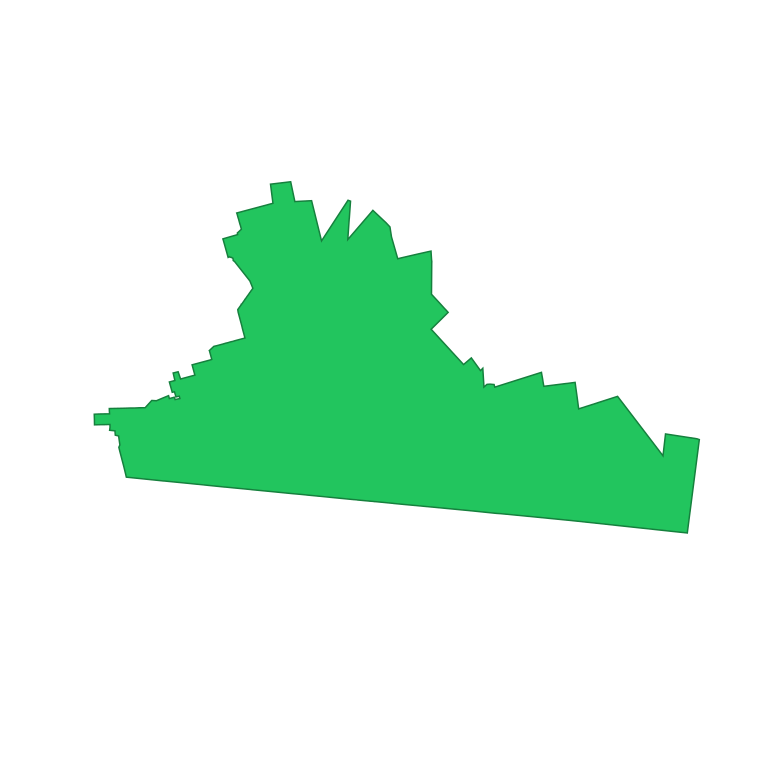 General Plutarco Elías Calles, Sonora, Mexico (Natural Earth projection), rotated 165°
{"feature_id": "50627088B39054298169208", "entity_name": "General Plutarco Elías Calles", "entity_type": "district", "adm_level": 2, "iso_a3": "MEX", "parent_name": "Mexico", "parent_adm1": "Sonora", "projection": "natural_earth1", "projection_center": [-112.744, 31.696], "detail": "fine", "context": "isolated", "style": "filled", "palette": "green", "viewbox_px": 768, "rotation_deg": 165, "n_neighbors": 0, "source": "geoboundaries", "source_scale": "gbopen_adm2", "svg_char_len": 3817}
<svg xmlns="http://www.w3.org/2000/svg" viewBox="0 0 768 768"><g transform="rotate(165 384 384)"><path d="M612.6,428.2L620.9,422.9L625.8,424.2L630.9,425.3L635.9,426.6L640.7,427.7L655.7,431.4L656.3,428.8L656.8,426.2L661.9,427.5L666.7,428.7L671.7,429.8L672.9,424.7L674.2,419.5L667.6,417.9L664.1,417.0L661.1,416.3L659.2,415.8L659.8,413.2L661.0,410.3L656.0,408.4L656.8,404.1L653.8,402.5L654.9,393.5L656.5,391.5L656.6,387.8L656.7,371.0L656.9,363.4L657.0,360.7L633.6,351.8L632.0,351.2L621.8,347.3L621.4,347.2L595.6,337.5L595.1,337.3L564.3,325.6L563.9,325.5L557.0,322.9L539.6,316.4L539.2,316.2L519.7,308.9L501.4,302.0L492.9,298.9L488.1,297.1L487.9,297.0L486.9,296.6L482.9,295.1L477.8,293.2L477.6,293.1L443.0,280.1L442.6,280.0L440.1,279.1L439.8,278.9L432.3,276.1L431.2,275.7L429.0,274.9L428.8,274.8L428.5,274.7L428.2,274.6L427.8,274.4L427.6,274.4L426.9,274.1L426.5,274.0L426.1,273.8L425.7,273.7L425.4,273.6L424.9,273.4L424.6,273.3L423.7,272.9L423.2,272.7L422.9,272.6L422.7,272.6L416.6,270.3L416.3,270.2L406.2,266.4L405.8,266.2L394.3,261.9L394.0,261.8L335.9,240.2L335.6,240.1L333.0,239.1L331.9,238.7L309.1,230.0L304.7,228.5L239.1,203.9L179.3,180.8L144.4,167.3L129.8,161.7L129.6,161.6L121.6,181.1L121.5,181.3L93.8,248.7L95.9,250.1L125.0,262.9L133.1,242.4L140.0,259.2L161.6,311.6L202.4,309.6L201.0,320.2L199.0,336.1L206.7,337.1L207.8,337.3L230.2,340.4L230.0,342.8L229.8,345.2L229.5,347.6L229.3,350.0L229.1,352.5L228.9,354.5L277.8,352.3L277.8,355.0L281.6,356.4L284.6,357.0L288.3,355.2L287.6,358.3L284.5,373.6L286.7,372.3L287.4,372.0L287.5,372.4L292.9,386.6L302.1,382.2L308.2,393.8L324.3,424.7L317.8,428.4L310.8,432.4L303.5,436.6L305.2,439.9L305.9,441.1L308.2,445.6L309.6,448.3L314.9,458.4L306.5,488.8L306.2,489.6L305.8,492.2L304.2,500.2L308.3,500.4L318.0,500.8L335.6,501.4L338.3,501.4L338.7,524.1L337.6,534.2L340.4,539.4L342.7,543.1L349.8,554.6L381.6,532.9L374.8,552.7L374.7,552.8L369.0,569.3L371.2,570.8L407.3,538.4L406.5,579.8L422.9,583.3L421.8,603.5L441.9,606.4L444.5,587.3L482.0,587.3L481.9,586.2L481.9,585.0L481.9,584.0L481.9,583.4L481.9,582.1L481.8,581.4L481.8,580.5L481.8,579.7L481.8,579.0L481.8,577.1L481.8,575.9L481.7,574.7L481.7,573.5L481.7,572.8L481.7,571.7L481.7,570.4L486.6,567.8L486.7,566.2L502.0,565.9L502.0,565.7L502.1,565.3L502.0,564.9L501.8,546.6L501.0,546.8L500.6,547.0L500.4,546.8L500.0,546.4L499.6,546.3L499.1,546.0L498.9,545.8L498.5,545.7L498.1,545.2L497.8,544.9L497.4,544.6L497.5,542.7L497.7,542.3L497.4,542.0L496.8,541.1L496.6,540.9L486.9,518.3L486.8,517.7L485.9,510.4L486.6,509.8L487.3,509.2L487.9,508.7L488.5,508.3L488.9,507.9L489.4,507.4L489.9,507.1L490.8,506.3L491.5,505.7L492.7,504.7L493.5,504.1L495.1,502.7L496.1,501.9L496.4,501.8L496.4,501.6L497.4,500.8L498.7,499.7L500.0,498.6L501.0,497.9L501.3,497.9L501.3,497.7L501.9,497.0L502.2,496.9L502.3,496.8L502.4,496.7L502.8,496.3L503.0,496.2L504.8,494.7L505.8,493.9L506.0,493.7L506.3,491.1L506.3,490.7L506.3,486.6L506.3,482.9L506.3,479.2L506.3,476.7L506.4,474.1L506.4,473.0L506.4,471.4L506.4,467.7L506.4,465.2L506.4,464.4L510.0,464.4L513.2,464.4L516.8,464.4L519.1,464.3L520.6,464.4L522.0,464.4L524.0,464.3L526.2,464.4L529.0,464.3L532.1,464.3L535.7,464.3L538.6,464.4L544.1,461.5L544.0,461.2L544.0,457.5L544.0,455.7L544.0,453.2L544.0,452.3L545.5,452.2L546.7,452.2L548.4,452.2L551.5,452.2L554.7,452.2L557.6,452.2L561.7,452.2L563.5,452.2L564.4,452.2L564.4,451.5L564.4,450.9L564.4,450.2L564.4,449.1L564.4,447.6L564.4,446.5L564.4,444.9L564.4,443.5L564.4,441.5L565.3,441.5L566.2,441.5L566.8,441.5L567.2,441.5L567.6,441.5L569.1,441.5L572.1,441.5L575.5,441.5L579.2,441.5L579.7,449.1L584.8,449.2L585.1,441.5L586.2,441.5L588.0,441.5L590.8,441.5L590.7,430.8L588.4,430.7L588.3,425.4L584.9,425.2L584.9,422.8L589.8,423.0L590.0,425.5L595.1,425.5L595.1,428.5L600.6,427.8L607.8,426.8L608.1,426.7L612.6,428.2Z" fill="#22c55e" stroke="#15803d" stroke-width="1.5"/></g></svg>